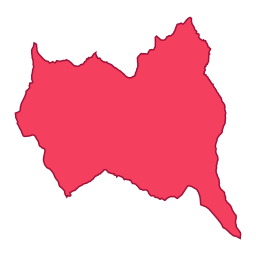 Olmedo, Loja, Ecuador (Equal Earth projection)
{"feature_id": "8360857B52842084274578", "entity_name": "Olmedo", "entity_type": "district", "adm_level": 2, "iso_a3": "ECU", "parent_name": "Ecuador", "parent_adm1": "Loja", "projection": "equal_earth", "projection_center": [-79.604, -3.94], "detail": "fine", "context": "isolated", "style": "filled", "palette": "rose", "viewbox_px": 256, "rotation_deg": 0, "n_neighbors": 0, "source": "geoboundaries", "source_scale": "gbopen_adm2", "svg_char_len": 5713}
<svg xmlns="http://www.w3.org/2000/svg" viewBox="0 0 256 256"><path d="M190.7,17.6L189.5,17.6L187.7,18.9L186.2,20.4L185.4,21.7L183.3,24.0L182.6,24.1L181.2,23.1L179.0,24.0L177.8,24.1L177.0,24.7L175.5,28.6L174.9,30.7L173.9,32.1L173.5,33.6L172.7,34.0L171.4,35.5L170.5,35.9L169.1,35.7L167.9,36.5L167.0,36.7L166.0,38.6L164.7,39.8L163.7,40.2L161.0,40.0L156.5,36.1L155.3,37.4L155.4,42.8L155.2,46.8L154.9,47.5L154.5,47.9L153.8,49.6L151.6,49.9L151.1,49.6L150.0,49.8L148.4,52.0L147.7,54.0L146.6,54.1L145.3,53.6L144.3,53.9L143.6,53.6L142.7,54.2L141.7,53.5L141.0,53.6L138.3,56.5L137.5,57.9L137.3,58.4L137.6,59.6L137.6,62.4L138.0,64.1L137.7,65.4L138.0,66.6L136.9,68.9L136.6,70.9L135.6,72.7L135.5,73.3L135.7,74.0L135.2,74.3L135.1,75.5L134.6,75.7L134.4,76.3L133.6,76.4L133.1,76.7L132.6,76.6L131.9,77.4L131.4,77.6L129.8,77.8L128.2,77.6L126.0,76.5L124.9,75.3L124.3,74.4L123.8,74.2L120.3,71.0L119.0,70.4L115.6,67.8L114.2,67.5L113.6,66.5L113.1,66.5L112.6,65.7L111.6,64.8L107.2,62.9L106.8,62.0L105.3,62.4L104.8,62.3L104.2,61.8L103.2,61.9L102.4,60.9L101.7,60.7L101.2,60.2L100.0,58.3L99.3,58.1L98.8,58.4L97.7,58.3L97.4,57.1L96.7,56.8L96.4,55.3L95.6,54.1L95.8,52.5L93.9,53.9L92.4,56.1L92.1,57.2L91.2,57.1L89.9,57.9L88.7,57.5L88.2,58.0L88.0,59.2L87.2,58.8L86.7,58.9L86.1,61.0L84.9,61.5L83.0,64.3L81.5,64.4L80.6,64.7L79.5,65.8L78.0,66.3L77.0,66.4L76.1,66.0L74.5,65.8L73.7,65.4L70.7,62.4L68.7,60.8L67.6,60.5L66.5,59.7L65.2,60.5L63.2,60.5L60.4,61.3L59.3,61.3L56.7,60.7L56.5,60.9L55.8,62.3L55.0,62.9L52.7,61.7L50.7,62.8L49.4,62.9L48.2,61.4L46.5,61.1L45.3,60.6L43.8,59.4L38.4,53.6L37.0,50.7L36.5,44.5L35.6,43.6L34.1,42.9L33.5,46.5L31.9,49.4L31.7,50.2L31.8,53.6L32.2,56.3L32.2,57.8L32.9,59.8L33.3,62.2L33.1,64.6L33.7,66.4L33.6,67.3L32.9,69.1L32.1,74.2L31.7,75.5L31.9,78.2L31.7,78.6L31.7,79.0L32.8,82.1L31.8,83.0L30.0,83.0L29.7,83.4L29.7,84.7L29.2,85.7L29.5,86.7L29.6,87.8L27.4,90.1L26.1,91.2L26.0,93.2L24.8,96.6L21.3,103.7L20.4,107.2L20.2,110.6L19.7,111.2L17.8,112.3L15.4,113.1L15.9,117.8L17.6,121.5L17.6,122.1L17.2,123.4L18.4,125.3L20.0,128.8L21.1,130.4L22.0,133.1L23.1,135.5L23.5,136.0L24.3,136.4L26.6,136.3L30.5,135.7L32.3,134.9L33.7,135.1L35.1,136.1L36.1,137.7L36.4,138.6L38.3,141.4L39.2,145.0L39.6,145.8L40.2,146.4L41.3,147.0L42.2,148.0L44.0,148.6L44.7,149.2L45.0,150.2L44.9,151.8L44.0,155.8L43.5,158.7L43.6,161.2L44.7,164.5L46.4,167.0L47.3,167.8L50.2,169.3L52.5,172.0L53.6,173.8L54.9,176.9L56.0,178.8L57.9,181.1L58.4,182.0L58.9,184.3L59.6,186.2L62.5,188.6L64.3,190.6L64.5,191.3L65.1,194.3L66.8,197.1L67.5,195.7L67.9,195.5L68.7,196.0L69.7,196.1L70.6,195.8L70.8,195.5L70.8,194.7L70.1,193.7L69.9,193.0L70.2,192.4L71.6,191.9L72.7,190.9L74.8,190.5L78.7,186.8L80.7,185.7L82.1,185.1L83.2,184.0L86.7,183.1L89.1,181.6L90.1,181.4L93.3,178.8L94.4,177.1L95.8,175.9L96.4,175.9L97.5,175.0L98.1,175.1L98.5,174.4L99.0,174.0L100.1,173.9L100.6,173.6L101.4,172.4L102.5,171.8L103.3,170.6L103.9,170.2L104.2,169.7L106.2,169.8L106.8,170.4L107.5,171.6L109.0,172.8L109.7,172.8L112.3,173.7L114.0,173.8L113.9,174.5L114.6,175.1L116.1,175.3L116.6,176.0L116.8,176.8L117.9,175.7L119.2,175.6L120.3,176.4L121.6,176.7L123.3,178.0L124.0,179.3L124.5,179.7L125.4,179.2L125.9,179.2L128.1,179.8L128.7,179.7L129.8,180.3L130.4,180.0L130.9,180.5L131.2,181.3L132.5,183.5L133.5,183.4L135.8,184.3L138.5,187.1L140.0,189.1L141.2,189.3L142.9,190.1L146.1,189.9L146.9,190.2L148.1,191.5L148.7,193.1L150.1,195.1L150.7,195.6L151.8,195.9L152.9,195.6L153.4,195.7L154.2,196.1L154.9,197.1L155.5,197.4L157.7,197.6L159.7,199.1L160.4,199.2L161.6,198.3L164.7,200.3L165.3,200.1L167.0,198.3L169.8,196.8L170.8,196.5L172.2,196.7L174.3,196.5L177.1,198.4L177.8,198.1L178.9,197.0L181.9,194.7L187.3,186.5L187.9,185.9L188.7,185.7L191.7,186.5L196.1,189.0L197.0,189.8L198.7,192.8L199.7,195.8L200.2,198.2L200.7,204.3L200.9,204.8L206.0,206.8L208.9,208.9L216.2,217.3L220.5,222.7L221.5,224.2L223.0,227.3L223.5,227.8L225.8,228.9L229.8,232.8L233.0,235.4L234.2,236.0L235.8,236.1L240.2,238.4L240.6,234.0L240.3,232.5L236.5,227.2L236.2,226.4L236.3,225.3L235.7,223.9L235.5,221.2L236.2,217.9L236.0,215.2L235.4,214.8L234.1,213.0L232.2,210.0L231.8,208.5L230.5,205.6L227.8,202.8L227.2,202.6L226.6,201.3L225.7,200.2L225.5,199.4L225.6,197.3L224.7,194.9L224.4,192.6L223.9,191.9L220.7,188.9L220.2,188.2L219.1,185.2L219.4,183.4L219.1,181.8L219.0,179.5L217.4,176.1L217.1,174.6L216.7,174.1L216.1,172.2L216.1,169.8L216.6,167.6L216.4,166.2L216.4,165.5L217.0,163.8L216.9,163.1L217.1,162.1L218.0,159.9L217.6,156.5L216.6,154.5L215.7,152.1L216.1,148.5L215.3,146.8L215.8,143.7L216.8,140.9L217.2,138.7L217.9,137.1L218.7,136.3L219.4,135.0L220.5,134.2L222.1,132.3L222.5,129.4L222.8,128.6L223.2,126.8L225.0,123.3L225.5,117.5L225.2,115.2L225.8,113.2L225.0,110.2L224.7,109.5L224.7,108.2L225.0,107.6L225.0,107.1L224.7,106.6L224.7,105.2L223.8,103.6L221.9,101.1L221.6,100.4L221.5,99.0L221.3,98.3L220.9,97.7L220.4,97.5L220.0,96.1L218.9,95.2L218.5,93.9L216.8,91.8L216.0,89.9L213.4,86.2L213.1,85.6L213.0,84.2L211.6,83.7L211.1,82.5L210.7,82.2L210.5,81.2L209.5,80.6L209.3,79.5L208.4,79.0L207.9,77.3L206.2,75.9L206.0,75.0L203.8,74.1L203.8,73.8L204.4,72.7L204.2,71.6L204.7,71.1L205.2,70.2L205.2,69.5L204.7,68.4L205.0,67.5L204.9,66.5L205.2,66.3L205.7,66.4L206.0,66.2L206.1,65.1L206.3,64.4L206.8,64.1L207.4,64.2L207.7,63.1L208.6,61.2L208.6,58.7L208.8,57.8L208.7,55.7L209.1,54.7L209.0,53.9L209.6,53.8L209.0,52.8L208.9,52.1L210.3,49.7L210.5,48.7L209.5,48.1L209.1,47.3L207.9,46.7L207.6,44.9L207.1,43.7L206.1,42.4L205.6,40.8L204.9,40.5L204.1,41.0L203.4,39.9L202.6,40.5L201.8,40.2L201.1,39.5L200.3,39.2L198.7,37.3L199.0,35.6L199.0,34.7L198.8,34.1L198.5,33.9L197.7,34.0L196.9,33.4L196.3,33.5L196.2,33.2L196.7,32.0L196.6,31.3L196.1,30.8L195.0,30.1L193.9,26.9L192.0,23.8L191.4,21.2L191.5,18.8L190.7,17.6Z" fill="#f43f5e" stroke="#9f1239" stroke-width="1.5"/></svg>